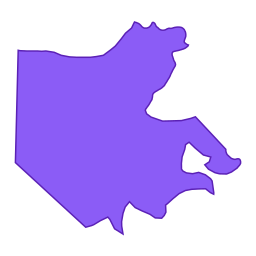 En Pois Doux/Babonneau, Castries, Saint Lucia (Mercator projection)
{"feature_id": "8701671B38196244900111", "entity_name": "En Pois Doux/Babonneau", "entity_type": "district", "adm_level": 2, "iso_a3": "LCA", "parent_name": "Saint Lucia", "parent_adm1": "Castries", "projection": "mercator", "projection_center": [-60.937, 13.989], "detail": "fine", "context": "isolated", "style": "filled", "palette": "violet", "viewbox_px": 256, "rotation_deg": 0, "n_neighbors": 0, "source": "geoboundaries", "source_scale": "gbopen_adm2", "svg_char_len": 5512}
<svg xmlns="http://www.w3.org/2000/svg" viewBox="0 0 256 256"><path d="M153.6,22.5L153.3,22.4L153.0,22.4L152.7,22.4L152.3,22.6L152.2,22.8L152.0,23.2L151.7,23.8L151.5,24.3L151.2,24.8L150.5,25.7L150.3,25.9L150.2,26.1L149.8,26.6L149.5,26.9L149.1,27.1L148.8,27.3L148.5,27.4L148.2,27.6L147.7,27.8L147.3,27.9L147.0,28.0L146.6,28.1L146.4,28.1L146.0,28.1L145.7,28.1L144.6,28.1L144.2,28.1L143.9,27.9L143.6,27.8L143.4,27.7L143.2,27.6L142.7,27.3L142.3,27.0L142.0,26.8L141.9,26.7L141.4,26.1L141.2,25.8L140.7,25.3L140.5,25.0L140.3,24.9L140.0,24.6L139.7,24.3L139.3,24.0L138.8,23.6L138.6,23.5L138.4,23.4L137.9,23.2L136.7,22.7L136.4,22.6L136.0,22.4L135.9,22.4L135.4,22.3L134.5,22.0L133.5,24.0L131.6,28.0L125.5,33.2L121.3,38.8L115.3,46.1L110.5,50.0L103.4,55.3L96.1,56.6L90.3,57.3L76.9,57.3L69.6,56.9L61.2,55.3L54.2,52.3L45.9,51.0L41.7,51.3L37.3,51.0L26.7,51.0L20.0,50.7L18.2,50.3L15.4,162.6L85.7,227.2L91.5,225.6L93.7,224.7L100.5,220.6L107.8,217.1L109.8,219.3L114.6,228.8L123.0,234.0L121.7,226.1L121.6,221.6L123.0,213.4L125.2,207.0L129.5,201.7L135.2,207.6L141.8,210.8L150.0,214.3L155.2,217.9L161.7,218.2L164.2,215.5L165.9,212.2L165.6,205.1L167.5,203.6L172.9,198.7L179.1,193.6L185.4,190.5L191.7,189.3L199.4,188.9L205.6,188.8L210.4,192.6L213.7,194.2L213.8,192.9L213.5,190.8L213.0,187.3L212.1,181.0L210.6,178.8L205.4,174.8L198.7,172.4L192.6,173.7L186.4,172.9L183.0,171.1L181.5,169.2L181.4,163.4L182.1,156.9L184.7,149.5L185.6,144.6L189.1,142.2L195.0,147.9L203.4,155.0L210.8,157.0L209.3,161.8L204.8,164.8L208.5,169.2L215.0,172.7L219.4,173.8L226.6,174.0L231.5,172.0L237.2,168.0L237.5,167.5L237.6,167.3L237.7,167.2L238.1,166.9L238.7,166.1L239.3,165.5L239.7,165.0L239.8,164.8L239.9,164.6L240.1,164.3L240.2,164.1L240.3,163.9L240.5,163.5L240.6,163.2L240.6,162.9L240.6,162.7L240.6,162.3L240.6,161.7L240.5,161.1L240.4,160.8L240.3,160.5L240.3,160.3L240.2,160.1L240.0,159.8L239.8,159.5L239.6,159.3L239.3,159.1L238.9,158.9L238.5,158.8L237.9,158.8L237.4,158.8L237.2,158.8L236.9,158.9L236.2,159.1L235.8,159.2L235.5,159.3L234.3,159.3L234.1,159.3L233.7,159.2L232.9,158.9L231.9,158.6L231.5,158.4L231.0,158.1L230.8,157.9L230.5,157.7L230.1,157.3L229.0,156.3L228.7,156.1L228.4,155.7L228.2,155.6L227.7,155.1L227.3,154.7L227.2,154.6L226.9,154.1L226.5,153.3L226.4,153.0L226.3,152.7L226.2,152.5L226.2,152.3L225.9,151.4L225.8,150.8L225.8,150.2L225.8,149.8L225.8,149.3L195.4,116.8L190.8,118.4L181.4,120.6L171.2,120.9L162.6,121.1L151.1,117.1L146.6,113.8L145.3,110.3L145.3,110.2L145.5,109.7L145.7,109.2L145.8,108.9L146.3,108.3L146.4,108.2L146.9,107.4L148.0,106.0L148.2,105.6L148.5,105.3L149.5,103.7L149.7,103.3L149.9,103.0L150.1,102.6L150.3,102.2L150.6,101.7L151.0,101.0L151.3,100.7L151.6,100.2L151.7,99.9L151.9,99.6L152.0,99.4L152.0,99.1L152.2,98.2L152.4,97.3L152.5,96.8L152.5,96.6L152.5,95.8L152.6,95.4L152.7,94.8L152.7,94.6L152.8,94.3L152.9,94.1L153.1,93.9L153.3,93.5L153.6,93.1L153.9,92.8L154.1,92.7L155.1,91.9L155.5,91.6L155.8,91.4L156.1,91.3L156.8,90.9L157.3,90.6L157.8,90.3L158.5,89.8L158.9,89.6L159.5,89.3L159.9,89.1L160.1,89.0L160.3,88.9L160.6,88.7L160.9,88.5L161.3,88.2L161.8,87.9L162.2,87.5L162.3,87.4L162.9,86.9L163.8,86.1L164.3,85.6L164.5,85.4L164.6,85.2L164.8,84.7L165.3,83.9L166.1,82.7L166.9,81.5L167.0,81.3L167.4,80.6L167.6,80.2L168.5,78.8L168.6,78.6L168.9,78.2L169.3,77.5L169.4,77.3L169.7,76.7L169.9,76.4L170.1,75.9L170.2,75.6L170.4,75.2L170.6,74.6L171.0,73.7L171.8,72.2L172.2,71.3L172.6,70.5L172.7,70.3L173.0,69.7L173.3,69.2L173.6,68.7L173.9,68.2L174.0,67.9L174.7,66.8L174.9,66.5L175.0,66.3L175.2,65.9L175.4,65.2L175.5,64.8L175.5,64.3L175.5,64.1L175.4,63.8L175.3,63.6L175.1,62.7L174.8,62.1L174.3,61.3L174.0,60.7L173.8,60.4L173.7,60.0L173.5,59.5L173.4,58.9L173.1,58.1L172.9,57.4L172.7,56.8L172.3,55.7L172.1,54.9L172.1,54.5L172.1,53.9L172.1,53.6L172.1,53.4L172.2,53.0L172.3,52.7L172.5,52.4L172.7,52.2L172.8,52.0L173.0,51.9L173.3,51.7L173.5,51.6L173.8,51.5L174.4,51.3L174.9,51.2L175.5,51.1L176.1,50.9L176.9,50.8L177.1,50.7L177.3,50.7L177.7,50.6L178.7,50.4L179.0,50.3L180.3,49.9L180.6,49.8L181.1,49.7L182.0,49.4L182.6,49.2L183.0,49.1L183.4,49.0L183.9,48.7L184.1,48.7L184.3,48.6L184.6,48.4L184.8,48.3L185.0,48.3L185.6,47.9L186.1,47.5L186.4,47.3L186.7,47.1L186.9,46.9L187.0,46.8L188.0,46.0L188.4,45.0L188.1,44.9L187.5,44.7L187.1,44.5L186.9,44.4L186.6,44.2L186.4,44.1L186.0,43.8L185.1,43.0L184.6,42.7L184.4,42.4L184.3,42.1L184.2,41.7L184.2,41.3L184.2,41.1L184.3,40.9L184.5,40.0L184.5,39.9L184.6,39.7L184.8,39.1L184.9,38.9L185.0,38.5L185.3,37.9L185.4,37.4L185.6,37.0L185.7,36.6L185.8,36.0L185.8,35.2L185.8,34.6L185.8,34.2L185.7,33.8L185.7,33.3L185.6,32.8L185.5,32.6L185.4,32.0L185.3,31.7L185.2,31.5L184.8,30.8L184.5,30.1L184.3,29.7L184.2,29.6L184.0,29.3L183.7,29.1L183.5,28.8L183.1,28.5L182.9,28.3L182.4,28.0L182.3,27.9L181.8,27.6L181.5,27.5L181.3,27.4L181.1,27.4L180.7,27.3L180.4,27.2L179.8,27.2L179.6,27.2L179.4,27.1L179.0,27.1L178.3,27.1L176.9,27.1L176.4,27.2L176.1,27.2L175.6,27.3L174.8,27.4L173.7,27.7L173.3,27.8L173.0,27.9L172.3,28.2L172.0,28.2L171.6,28.3L171.2,28.4L170.8,28.4L170.6,28.4L170.4,28.4L170.1,28.3L169.7,28.3L169.2,28.3L168.9,28.3L168.3,28.4L168.1,28.5L167.6,28.7L167.2,28.8L166.0,29.5L165.3,29.8L165.0,29.9L164.8,30.0L164.6,30.0L164.3,30.1L163.6,30.2L163.3,30.2L163.1,30.2L162.7,30.2L162.3,30.2L162.0,30.2L161.3,30.0L160.9,29.9L160.6,29.8L160.2,29.6L159.6,29.3L159.3,29.1L159.0,28.8L158.4,28.2L158.0,27.8L157.7,27.5L157.4,27.3L157.2,27.2L156.6,26.7L156.4,26.6L156.2,26.3L156.2,26.2L155.9,25.7L155.7,25.2L155.1,24.0L154.9,23.5L154.8,23.4L154.3,23.0L153.8,22.6L153.6,22.5Z" fill="#8b5cf6" stroke="#5b21b6" stroke-width="1.5"/></svg>